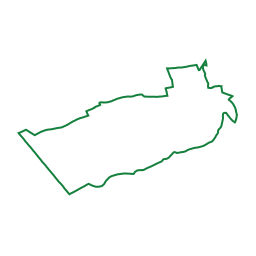 outline of Khan Na Yao, Bangkok Metropolis, Thailand, rotated 87°
{"feature_id": "78962969B51351558142585", "entity_name": "Khan Na Yao", "entity_type": "district", "adm_level": 2, "iso_a3": "THA", "parent_name": "Thailand", "parent_adm1": "Bangkok Metropolis", "projection": "equal_earth", "projection_center": [100.671, 13.819], "detail": "fine", "context": "isolated", "style": "outline", "palette": "green", "viewbox_px": 256, "rotation_deg": 87, "n_neighbors": 0, "source": "geoboundaries", "source_scale": "gbopen_adm2", "svg_char_len": 5529}
<svg xmlns="http://www.w3.org/2000/svg" viewBox="0 0 256 256"><g transform="rotate(87 128 128)"><path d="M64.9,47.0L67.8,49.1L70.1,50.8L73.1,53.0L73.8,53.5L73.9,54.3L68.6,56.2L68.7,56.8L69.1,60.9L69.2,62.6L70.0,67.2L70.0,67.5L70.1,68.2L70.3,70.5L70.4,72.6L70.3,73.5L70.3,74.4L70.3,75.1L70.3,75.8L70.5,76.7L70.6,78.1L70.6,81.3L70.7,83.6L70.6,84.3L70.5,85.8L71.1,85.7L72.9,85.1L80.1,82.8L80.4,82.6L81.1,82.3L82.0,81.6L84.6,81.4L86.3,81.2L86.5,81.3L86.8,81.2L87.3,81.2L88.5,81.1L89.1,80.9L89.3,81.0L89.9,85.1L90.1,86.7L90.2,87.9L90.4,88.4L92.6,87.8L93.1,87.8L93.6,87.6L94.6,87.5L95.8,87.3L96.7,87.2L97.9,87.0L97.9,88.1L98.1,90.9L98.3,92.2L98.3,92.6L98.3,94.5L98.3,95.5L98.3,95.9L98.4,96.7L98.4,98.0L98.2,99.6L98.1,101.7L97.9,104.6L97.9,105.4L97.9,105.7L97.8,106.9L97.6,107.7L97.6,109.1L97.4,110.0L97.2,110.3L97.0,110.5L96.7,110.9L96.3,111.4L95.9,111.7L95.5,112.1L95.4,112.4L95.2,113.0L95.3,115.0L95.4,115.9L95.7,118.3L95.8,118.6L96.7,121.6L96.8,122.5L96.7,125.1L96.5,126.0L96.6,127.5L96.8,129.5L96.9,131.1L97.3,133.2L97.5,134.0L97.8,135.2L98.1,136.7L98.3,137.5L99.3,140.1L99.4,140.4L99.6,141.2L99.7,141.6L99.9,141.8L100.1,142.4L100.3,142.9L100.5,143.5L101.2,147.0L101.3,147.9L101.3,149.8L101.3,150.8L101.0,152.5L101.0,153.2L101.0,154.0L101.0,154.3L101.1,154.7L101.3,155.1L101.7,155.3L102.3,155.1L103.5,154.6L104.6,157.6L105.3,159.8L106.0,160.3L106.1,161.0L106.9,162.4L108.3,166.6L109.1,168.7L111.2,168.0L113.5,167.0L115.0,172.3L115.8,175.8L116.1,176.5L116.8,178.6L117.4,179.8L118.2,181.6L118.4,182.1L118.8,183.2L119.3,184.0L119.6,184.6L119.8,185.0L120.8,186.8L121.8,188.7L122.4,190.2L122.4,190.3L122.9,191.5L123.2,192.3L123.6,193.4L123.9,194.0L124.0,194.6L124.3,198.2L124.6,200.4L125.1,203.3L125.3,204.8L125.4,207.5L125.5,208.5L125.7,209.7L126.2,211.8L126.9,213.8L127.2,215.1L127.6,215.8L127.8,216.2L128.1,217.0L128.4,217.5L130.0,220.9L130.3,221.5L127.9,225.0L124.4,229.9L125.7,233.1L126.6,235.3L127.3,237.5L128.7,236.6L129.5,235.9L130.1,235.5L130.3,235.3L130.8,234.9L131.9,234.0L133.9,232.5L135.3,231.6L136.4,230.9L137.5,229.9L138.9,228.9L139.7,228.3L140.1,228.1L141.6,226.7L142.6,226.0L143.2,225.6L144.8,224.4L145.1,224.2L145.7,223.8L147.2,222.6L151.4,219.6L153.1,218.4L155.3,216.7L156.9,215.7L158.3,214.6L158.5,214.4L159.3,213.8L159.7,213.4L160.9,212.4L162.0,211.7L162.6,211.3L163.4,210.7L164.0,210.2L165.0,209.6L167.0,208.0L169.3,206.3L171.3,204.7L173.7,203.1L178.7,199.4L179.2,198.8L180.3,197.9L181.2,197.2L182.1,196.5L182.7,196.0L183.5,195.5L184.6,194.9L191.1,190.0L190.7,189.3L189.9,187.4L188.1,183.5L185.6,178.5L184.2,175.4L183.8,174.5L182.4,171.9L181.7,170.2L181.9,169.8L182.5,168.7L183.1,167.8L183.7,166.5L184.7,164.1L185.0,162.6L185.1,161.9L185.1,161.3L185.0,159.5L184.9,158.8L184.8,158.1L184.5,157.0L184.4,156.8L184.2,156.6L183.3,155.5L182.7,154.8L182.2,154.4L180.4,153.3L179.1,152.2L177.4,150.4L176.4,149.3L175.4,147.4L175.2,146.9L174.5,144.0L174.1,142.5L174.1,142.1L173.8,141.3L173.6,139.7L173.7,139.4L173.5,137.7L173.3,135.4L173.2,133.9L173.4,131.9L173.5,131.6L173.5,130.9L173.7,128.9L173.9,127.9L173.9,127.3L174.2,125.1L173.9,124.5L173.7,124.3L172.6,123.7L172.4,123.6L171.8,122.7L171.4,121.9L170.9,120.9L170.7,119.5L170.7,118.9L170.8,116.4L170.8,116.0L170.7,115.3L170.8,115.3L170.6,114.4L170.4,113.8L170.0,113.0L169.5,112.0L168.7,110.1L168.3,108.9L167.3,106.2L166.6,104.7L164.8,100.5L164.3,99.3L163.8,97.8L163.2,96.4L163.1,96.2L162.6,95.6L162.4,95.4L161.4,94.6L161.1,94.2L161.0,93.7L160.9,93.1L160.9,92.1L160.7,91.1L160.5,90.2L159.9,89.3L159.6,88.7L159.4,88.5L158.2,87.3L156.8,85.8L156.6,85.5L154.9,84.0L154.7,83.6L154.5,83.0L154.6,82.6L155.0,81.4L155.4,80.7L155.5,80.3L155.5,79.9L155.2,77.9L155.1,77.3L155.0,76.7L154.8,74.2L154.4,72.1L153.1,69.5L152.8,68.6L152.3,67.0L152.2,66.4L152.0,65.5L151.6,63.9L151.5,63.6L151.4,63.2L151.3,61.5L151.2,61.0L151.1,59.7L150.8,57.7L150.4,56.2L150.3,55.3L149.6,53.1L148.3,50.5L147.5,49.1L146.8,47.7L146.5,46.9L146.0,45.2L145.9,44.8L145.3,44.2L144.4,43.3L142.9,42.1L141.2,40.9L140.5,40.6L139.5,39.9L139.1,39.5L138.2,38.8L137.4,38.4L136.6,38.3L135.0,38.0L134.5,37.7L134.1,37.3L132.7,35.8L132.0,35.3L131.7,35.1L131.5,34.9L131.0,34.7L129.8,34.3L129.3,34.2L128.3,33.9L126.6,33.5L126.0,33.3L125.0,33.0L124.8,33.0L124.5,32.9L123.4,32.6L121.2,32.7L119.8,32.4L118.9,32.3L118.4,32.0L118.2,31.7L118.0,31.3L117.9,29.6L118.0,29.4L118.1,29.2L118.9,28.6L120.3,27.8L120.7,27.4L123.4,25.5L124.4,24.8L124.9,24.4L125.8,23.5L126.4,23.1L126.6,22.8L127.6,21.4L128.0,21.0L127.5,20.6L127.1,20.5L126.8,20.3L126.0,20.0L125.8,19.9L125.5,19.9L124.7,19.5L123.5,19.2L122.8,19.0L121.9,18.9L121.6,18.9L120.6,18.5L119.6,18.8L119.2,18.9L118.4,19.0L118.2,19.0L117.8,19.1L117.4,19.2L117.1,19.3L115.8,19.3L115.6,19.4L114.8,19.6L114.1,19.7L113.0,20.2L112.2,20.4L111.6,20.8L110.6,21.2L110.0,21.5L108.4,22.6L106.9,23.8L105.9,24.9L105.4,25.5L105.1,25.8L104.9,25.9L104.4,25.5L103.8,24.9L103.4,24.4L102.8,23.3L101.7,22.0L101.1,23.1L100.8,24.0L100.2,25.5L100.0,26.1L99.6,26.9L98.9,28.5L98.2,30.2L97.6,31.5L97.4,31.9L97.3,32.0L97.2,32.0L96.9,32.0L96.6,32.0L96.3,32.1L92.8,32.5L91.6,32.6L91.2,32.5L91.2,32.9L91.0,33.9L90.8,34.5L90.8,34.8L90.8,35.1L91.0,37.3L90.9,38.3L91.0,38.9L91.2,39.5L91.3,40.5L91.6,40.6L91.8,41.0L92.1,41.7L92.2,41.8L92.1,42.1L92.4,42.9L92.5,43.4L92.4,43.6L92.3,44.4L92.1,45.3L92.0,45.8L91.1,45.8L90.8,45.9L90.3,45.9L88.9,45.7L88.3,45.5L87.7,45.6L87.2,45.7L87.0,45.8L86.0,46.4L85.4,46.6L79.8,48.5L78.7,48.2L77.9,48.1L74.6,49.4L74.1,49.5L73.6,49.8L73.0,49.9L71.8,50.0L71.5,50.0L70.9,50.3L69.0,49.0L69.3,47.7L69.5,46.7L69.6,46.4L68.1,46.4L64.9,47.0Z" fill="none" stroke="#15803d" stroke-width="2"/></g></svg>